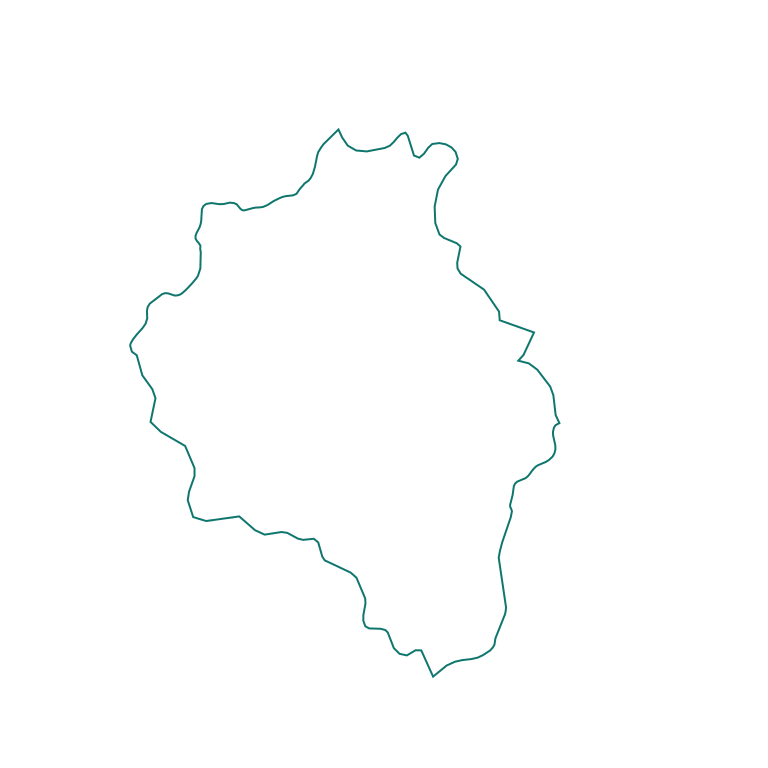 an SVG outline of Puy-de-Dôme, rotated 40°
{"feature_id": "FRA-5335", "entity_name": "Puy-de-Dôme", "entity_type": "Metropolitan department", "adm_level": 1, "iso_a3": "FRA", "parent_name": "France", "parent_adm1": "", "projection": "mercator", "projection_center": [3.052, 45.776], "detail": "fine", "context": "isolated", "style": "outline", "palette": "teal", "viewbox_px": 768, "rotation_deg": 40, "n_neighbors": 0, "source": "natural_earth", "source_scale": "10m", "svg_char_len": 2601}
<svg xmlns="http://www.w3.org/2000/svg" viewBox="0 0 768 768"><g transform="rotate(40 384 384)"><path d="M283.7,159.4L289.6,160.2L295.8,164.1L298.1,169.6L297.4,185.1L300.4,200.4L308.8,215.6L319.8,227.7L330.4,233.8L336.2,233.5L349.3,229.4L354.2,229.5L362.1,244.0L366.0,248.2L371.9,250.2L400.0,247.4L425.6,254.6L431.7,260.8L465.8,248.1L472.2,272.1L471.9,279.8L481.7,275.1L492.2,274.5L512.9,279.1L520.9,283.7L535.5,297.5L543.5,301.2L541.9,305.2L542.2,308.1L544.2,312.1L546.6,314.7L554.8,321.0L557.4,324.0L559.1,327.5L559.8,331.2L559.2,336.1L558.2,339.4L554.3,347.0L553.6,349.0L553.3,350.7L553.2,353.1L553.2,355.9L553.5,359.0L553.5,362.1L553.0,365.0L548.8,373.2L548.4,375.9L549.1,378.7L553.9,386.4L558.3,395.5L559.6,397.0L561.5,397.8L563.8,399.2L566.8,404.7L576.4,429.5L580.2,437.5L583.5,443.3L621.0,476.6L623.1,479.6L624.7,482.6L632.8,507.1L636.1,512.6L636.7,515.4L636.6,519.9L634.1,528.1L631.6,533.5L627.7,538.6L621.5,545.1L616.9,551.1L612.9,559.5L609.7,576.6L583.8,564.1L579.3,567.7L576.0,577.2L569.3,580.7L561.3,580.0L546.6,571.9L543.2,571.6L538.6,573.8L529.7,580.8L525.4,581.6L520.3,578.6L516.8,574.4L511.0,564.2L507.5,560.4L487.4,550.1L479.7,549.9L452.0,557.2L447.7,555.9L435.4,547.6L429.7,547.7L422.2,555.4L417.4,557.8L405.6,560.2L400.6,563.3L389.4,576.1L379.2,578.9L358.2,578.5L335.8,603.3L323.4,608.6L308.4,599.2L303.9,591.9L298.1,576.4L292.9,570.2L271.5,559.3L243.9,564.1L229.5,563.1L218.1,541.8L209.9,536.9L193.3,532.7L176.1,520.9L170.1,521.3L164.8,517.7L163.9,515.9L163.0,511.3L162.8,504.9L163.1,496.4L162.6,491.0L160.5,486.0L155.3,480.2L153.5,476.9L152.9,473.0L156.3,457.7L158.1,454.9L160.5,453.3L166.8,450.8L168.7,449.0L170.0,447.1L170.7,445.4L171.2,443.2L171.8,438.6L172.3,430.5L172.3,423.8L172.0,420.9L169.1,413.6L160.8,403.2L159.0,400.9L156.4,398.7L154.8,396.5L154.1,395.9L151.1,395.0L148.6,394.7L146.1,393.7L144.3,391.5L143.3,388.6L142.0,382.5L140.8,379.5L139.1,376.5L132.2,367.2L131.3,363.7L132.1,360.3L135.6,356.2L142.3,352.1L145.5,349.2L149.2,344.3L152.5,342.0L155.5,341.0L161.6,342.1L163.4,341.9L164.6,341.5L165.9,340.1L170.5,333.5L172.5,331.1L174.9,329.0L177.6,326.0L179.7,321.8L182.0,314.5L184.0,309.9L185.9,306.1L188.2,303.0L193.1,297.9L194.7,294.6L194.1,287.9L194.3,283.6L194.2,281.5L195.5,276.7L195.4,273.3L194.5,268.9L191.7,262.4L186.2,252.4L184.6,248.8L183.8,243.4L183.5,239.2L185.5,218.3L193.6,222.1L203.0,224.7L212.6,223.0L221.3,216.9L232.8,202.8L235.3,197.7L235.9,192.5L235.9,186.8L236.4,181.6L238.9,177.7L242.7,178.6L260.1,189.7L265.6,187.9L266.6,181.9L266.0,174.7L266.7,169.1L271.5,163.9L277.4,160.6L283.7,159.4Z" fill="none" stroke="#0f766e" stroke-width="2"/></g></svg>